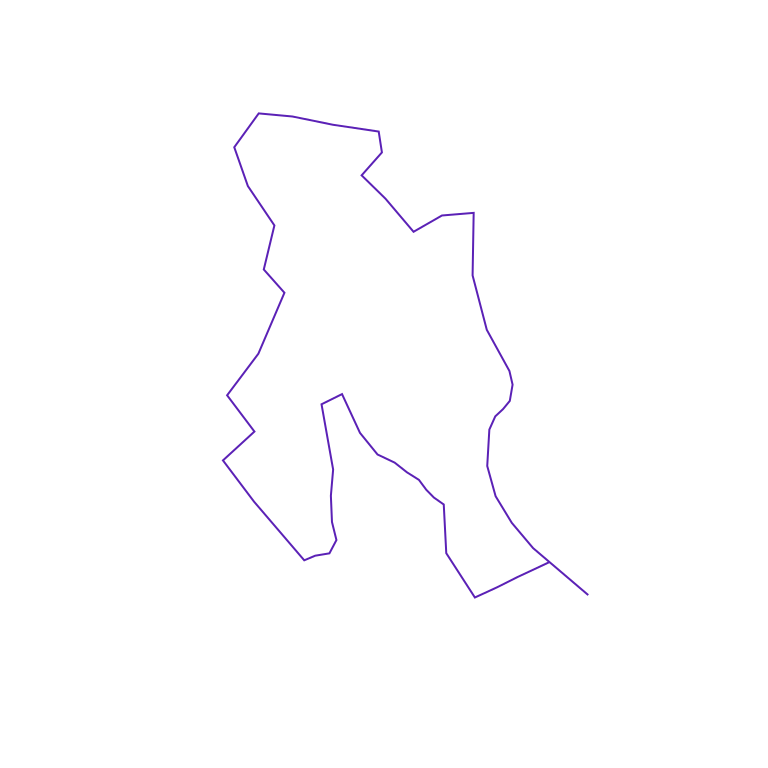 map outline of Nauksenu (Equal Earth projection), rotated 53°
{"feature_id": "LVA-5792", "entity_name": "Nauksenu", "entity_type": "Municipality", "adm_level": 1, "iso_a3": "LVA", "parent_name": "Latvia", "parent_adm1": "", "projection": "equal_earth", "projection_center": [25.495, 57.899], "detail": "fine", "context": "isolated", "style": "outline", "palette": "violet", "viewbox_px": 768, "rotation_deg": 53, "n_neighbors": 0, "source": "natural_earth", "source_scale": "10m", "svg_char_len": 848}
<svg xmlns="http://www.w3.org/2000/svg" viewBox="0 0 768 768"><g transform="rotate(53 384 384)"><path d="M475.3,302.4L475.7,304.1L476.8,314.6L483.8,327.3L511.6,350.9L540.8,362.4L571.8,365.5L604.8,363.7L675.5,347.9L625.8,359.0L618.5,393.6L614.4,416.1L609.2,439.9L556.6,436.1L516.2,408.8L504.7,412.5L493.9,413.9L481.6,413.8L468.4,418.8L453.2,422.8L436.4,431.6L408.6,432.6L366.8,423.6L362.6,446.1L421.7,476.1L441.3,493.7L462.9,508.6L480.0,515.9L486.4,529.5L479.7,542.3L476.8,553.8L399.8,558.6L348.1,558.6L344.0,516.1L298.6,516.1L284.2,466.1L251.2,408.6L220.2,411.1L191.4,376.1L144.0,373.6L104.8,361.1L92.5,321.2L115.2,296.2L146.2,268.8L179.2,236.3L197.8,246.3L203.9,276.3L236.9,271.3L280.2,268.8L284.3,236.3L301.3,209.4L350.6,247.9L402.6,269.3L449.1,276.0L461.9,281.7L473.2,293.7L475.3,302.4Z" fill="none" stroke="#5b21b6" stroke-width="2"/></g></svg>